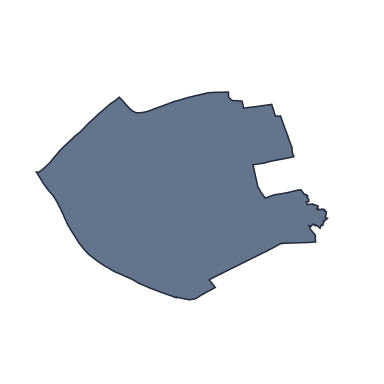 the district of Lat Lum Kaeo, Pathum Thani, Thailand, rotated 317°
{"feature_id": "78962969B45209726561008", "entity_name": "Lat Lum Kaeo", "entity_type": "district", "adm_level": 2, "iso_a3": "THA", "parent_name": "Thailand", "parent_adm1": "Pathum Thani", "projection": "robinson", "projection_center": [100.399, 14.041], "detail": "fine", "context": "isolated", "style": "filled", "palette": "slate", "viewbox_px": 384, "rotation_deg": 317, "n_neighbors": 0, "source": "geoboundaries", "source_scale": "gbopen_adm2", "svg_char_len": 5780}
<svg xmlns="http://www.w3.org/2000/svg" viewBox="0 0 384 384"><g transform="rotate(317 192 192)"><path d="M143.9,277.7L144.7,268.0L145.4,268.1L146.1,268.3L149.3,269.2L151.3,269.8L155.8,271.1L158.3,271.9L161.4,272.7L163.5,273.4L164.8,273.8L166.3,274.2L167.9,274.7L169.3,275.1L173.0,276.3L174.9,276.8L176.2,277.2L177.9,277.7L182.4,279.0L184.0,279.5L185.3,279.9L186.7,280.3L191.3,281.7L192.9,282.2L194.3,282.6L195.0,282.8L195.7,283.0L198.2,283.8L199.2,284.0L201.0,284.6L202.2,284.9L204.2,285.6L204.9,285.8L213.5,288.2L218.5,289.4L221.1,290.1L221.6,290.3L221.9,290.4L224.1,292.1L224.7,292.6L225.4,293.0L225.9,293.6L227.3,294.9L227.8,295.3L228.3,295.7L228.6,296.0L232.8,299.6L235.7,302.2L237.7,303.9L239.7,305.7L241.0,306.9L243.4,308.9L245.6,310.6L248.4,312.9L250.2,310.2L250.7,309.7L250.9,309.7L251.0,309.7L251.8,308.9L252.2,308.3L252.9,307.2L252.9,306.9L252.9,305.1L253.1,300.8L253.1,300.4L253.3,299.9L254.1,298.3L254.3,297.6L254.4,297.1L254.7,296.2L255.1,296.9L255.3,297.6L255.4,298.3L256.1,298.2L258.0,298.1L258.6,298.0L258.8,298.8L258.7,298.9L259.0,300.7L260.1,300.4L260.1,300.8L260.2,301.2L260.3,301.5L260.4,301.8L260.4,302.4L260.8,304.6L260.9,305.8L263.0,304.8L263.5,304.5L264.1,304.3L264.8,305.6L266.8,304.4L268.2,303.8L268.1,303.4L268.2,303.1L269.1,303.2L269.6,303.4L270.4,303.6L272.3,303.7L272.6,303.7L273.2,303.6L272.0,301.5L274.1,300.2L275.3,299.4L276.9,298.1L276.9,297.9L276.4,297.2L275.9,296.0L277.1,295.4L275.5,293.1L275.1,293.3L273.7,292.1L273.4,291.7L273.2,291.5L272.8,290.7L272.1,291.0L272.0,290.9L271.7,289.7L271.8,289.7L272.0,289.6L272.7,289.2L274.0,288.8L274.6,288.4L273.7,286.2L272.8,284.7L272.5,284.0L271.8,282.8L271.4,283.0L271.0,282.3L270.3,281.9L269.6,281.2L269.1,280.8L267.8,279.9L267.8,279.6L268.8,277.5L269.0,277.3L269.1,277.1L270.8,278.7L271.3,278.3L272.4,276.9L272.5,276.8L272.4,276.1L272.4,275.8L272.6,274.6L272.6,274.0L274.0,274.0L273.7,271.2L272.5,270.7L273.0,265.9L273.2,264.6L271.2,263.3L271.3,263.1L271.1,263.0L270.5,262.7L261.3,257.5L254.2,252.9L250.1,250.1L247.2,248.8L243.2,247.1L241.4,246.3L241.7,243.7L241.9,242.0L242.2,239.8L242.6,237.6L242.8,237.2L243.1,236.0L243.3,235.4L243.5,234.6L243.3,233.9L243.5,233.4L244.1,232.3L245.1,230.7L247.3,227.1L247.9,226.1L249.4,223.4L252.0,219.1L252.4,218.5L254.5,214.9L255.2,213.7L256.1,214.3L258.2,215.8L259.1,216.4L264.5,220.1L265.8,220.9L267.5,221.6L269.0,222.4L271.0,223.5L273.4,225.0L282.5,230.8L285.9,232.9L286.8,233.5L287.6,234.0L288.6,234.5L289.8,235.2L290.6,235.6L292.2,231.8L292.4,231.2L292.5,231.1L293.5,229.9L295.1,228.4L295.3,228.1L296.7,224.6L297.5,222.8L298.1,221.1L299.0,218.9L299.4,218.2L300.0,217.0L300.2,216.8L300.2,216.7L301.8,212.7L302.5,210.9L303.9,207.5L304.9,205.4L305.7,203.5L306.4,202.1L307.6,199.1L308.2,197.7L308.6,196.7L305.7,194.7L305.6,194.4L305.8,194.1L304.9,193.4L304.8,193.2L305.4,192.0L307.1,188.5L307.9,187.0L309.2,184.0L310.1,182.3L305.1,178.8L304.1,178.1L303.2,177.5L302.6,177.0L301.7,176.5L300.8,175.8L300.2,175.3L299.6,174.9L298.9,174.5L297.6,173.6L296.6,172.9L295.9,172.3L294.7,171.4L294.4,171.3L294.2,171.1L293.2,170.4L292.2,169.6L290.1,168.1L289.1,167.4L287.0,165.8L288.5,163.5L288.9,162.7L290.4,160.0L290.5,159.7L290.1,159.0L288.8,157.7L286.0,154.8L285.4,154.2L284.7,153.3L284.5,153.2L284.3,153.0L284.0,152.6L283.7,151.8L283.4,148.6L283.4,148.1L283.6,147.8L283.7,147.5L283.8,147.3L284.9,146.0L286.8,143.8L284.0,141.2L283.4,140.7L282.6,140.1L281.3,138.8L280.5,138.0L279.4,137.2L278.4,136.3L277.6,135.4L277.3,135.2L276.5,134.6L275.7,133.8L274.8,133.1L272.1,131.0L271.6,130.6L270.5,129.9L270.1,129.6L268.1,128.5L265.9,127.2L263.8,126.1L262.7,125.4L261.9,125.0L260.9,124.3L258.7,123.1L257.6,122.5L253.7,120.3L252.0,119.4L249.3,118.0L247.8,117.4L247.4,117.1L246.5,116.7L245.6,116.2L244.6,115.7L242.6,114.6L241.2,113.9L239.3,113.0L236.6,112.0L233.9,110.9L232.0,110.0L230.2,109.4L229.1,108.8L226.5,107.8L225.4,107.2L220.8,105.3L218.4,104.4L216.6,103.6L215.8,103.3L214.8,102.8L214.7,102.8L212.6,101.7L211.0,100.7L208.8,99.2L207.0,97.7L205.6,96.3L204.7,94.8L203.9,92.7L203.6,91.2L203.4,89.6L203.3,86.6L203.6,77.2L203.4,73.0L199.3,72.9L196.9,72.6L194.5,72.1L192.6,71.8L189.7,71.7L188.0,71.7L184.7,71.6L177.3,71.2L175.9,71.2L174.7,71.2L171.1,71.3L168.4,71.2L166.6,71.3L164.0,71.1L151.1,71.9L148.0,71.5L145.0,71.2L140.6,71.4L129.6,71.4L123.1,71.6L119.5,72.1L113.8,72.7L107.3,73.7L105.0,73.6L97.1,73.5L94.5,73.1L93.6,72.9L92.2,71.8L91.7,71.3L91.7,71.7L91.7,71.9L90.2,79.2L89.9,80.5L89.1,84.4L88.9,86.1L88.7,88.2L88.3,90.9L88.1,93.7L88.0,94.6L88.0,98.8L87.9,100.0L87.8,101.0L87.7,101.6L87.4,102.7L87.3,103.4L87.0,104.6L86.8,105.9L86.4,107.4L84.7,113.2L83.9,116.0L82.7,119.8L82.5,120.6L81.4,123.3L80.5,126.1L78.7,131.5L78.3,133.3L77.9,135.4L77.7,136.0L77.2,138.5L76.3,143.5L75.9,145.7L75.3,148.6L74.6,151.9L74.5,152.6L74.4,154.6L74.0,159.4L74.0,160.4L73.9,162.4L73.9,162.8L73.9,163.2L73.9,164.7L73.9,166.5L73.9,167.1L74.0,167.8L74.1,168.5L74.3,169.6L74.5,170.6L74.6,171.5L75.1,174.7L75.3,175.8L75.7,178.1L76.0,179.4L76.2,180.2L76.7,182.4L77.1,184.2L78.1,187.9L78.7,189.5L79.5,192.2L80.2,194.7L81.1,197.7L81.3,198.3L82.1,199.7L82.4,200.4L83.8,203.7L84.7,205.9L85.9,208.8L88.2,214.0L88.6,215.0L89.0,216.2L89.4,217.4L90.1,220.0L90.3,220.7L90.5,221.4L90.9,222.7L91.2,223.4L92.3,225.8L92.7,226.7L93.5,228.6L94.3,230.2L95.1,232.0L95.7,233.6L96.6,235.4L99.5,241.1L100.9,244.1L101.5,245.1L102.9,248.0L103.6,249.3L104.6,251.2L105.2,252.2L105.4,252.8L105.8,253.5L106.2,254.1L106.7,255.4L107.9,257.8L108.4,258.7L109.0,258.2L109.0,258.3L110.0,259.9L111.2,261.6L114.0,265.5L115.1,266.9L115.9,268.2L116.4,268.8L117.0,269.3L119.1,270.7L119.9,271.3L121.1,272.1L121.9,272.4L123.3,272.8L125.2,273.2L126.9,273.4L129.3,273.9L130.8,274.4L133.5,275.0L136.3,275.7L137.1,275.9L138.2,276.3L138.5,276.3L139.2,276.6L141.4,277.1L143.9,277.7Z" fill="#64748b" stroke="#1e293b" stroke-width="1.5"/></g></svg>